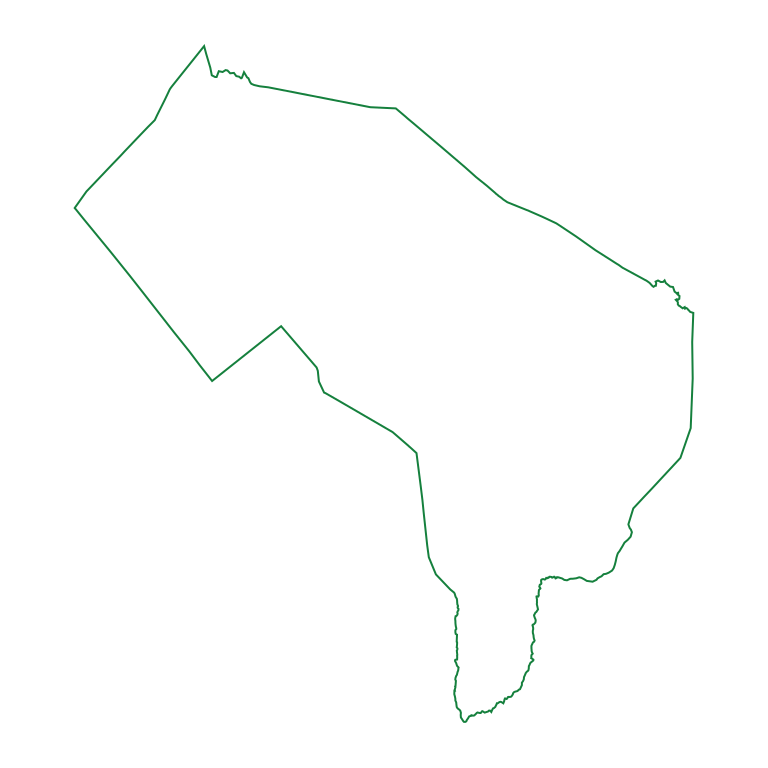 Santo Domingo Nuxaá, Oaxaca, Mexico
{"feature_id": "50627088B43752024879385", "entity_name": "Santo Domingo Nuxaá", "entity_type": "district", "adm_level": 2, "iso_a3": "MEX", "parent_name": "Mexico", "parent_adm1": "Oaxaca", "projection": "equal_earth", "projection_center": [-97.046, 17.162], "detail": "fine", "context": "isolated", "style": "outline", "palette": "green", "viewbox_px": 768, "rotation_deg": 0, "n_neighbors": 0, "source": "geoboundaries", "source_scale": "gbopen_adm2", "svg_char_len": 5908}
<svg xmlns="http://www.w3.org/2000/svg" viewBox="0 0 768 768"><path d="M464.0,721.9L465.3,721.9L466.3,721.3L466.9,719.9L467.8,718.7L469.2,716.4L470.4,716.0L471.0,715.9L471.1,715.4L471.6,715.2L472.9,715.7L474.4,715.4L475.0,714.7L475.7,714.1L476.7,713.0L477.4,712.5L478.8,712.8L479.9,713.0L480.7,713.0L482.0,711.3L482.5,711.2L484.7,712.6L488.1,711.5L489.0,710.6L490.0,710.6L491.3,712.0L491.9,710.5L493.0,708.4L493.9,708.1L494.6,707.5L495.3,706.9L495.6,706.2L496.0,705.4L496.4,704.6L496.9,703.3L497.4,703.4L498.0,703.1L498.4,702.8L499.4,702.1L500.4,701.8L501.3,702.0L502.1,702.5L503.3,703.3L504.1,701.4L504.6,699.2L505.1,698.4L506.4,699.0L506.9,698.8L507.4,698.1L507.9,697.1L508.5,696.9L509.0,697.0L510.8,696.8L511.3,696.5L511.9,695.8L512.4,695.0L512.8,694.5L513.0,693.5L513.5,692.7L514.1,692.1L515.0,691.7L516.5,691.3L517.3,691.1L518.1,690.5L518.6,689.8L519.5,689.4L520.0,689.2L521.9,685.1L521.9,682.7L522.4,682.0L523.1,681.0L523.8,679.3L524.0,677.1L524.3,676.5L525.4,674.0L525.6,673.3L526.2,672.5L526.8,671.7L527.5,671.2L528.1,670.7L528.5,670.0L528.6,669.2L528.8,668.2L528.8,667.1L528.9,666.0L529.5,665.0L530.0,663.7L530.6,662.6L531.0,662.4L533.3,660.5L533.4,659.6L531.2,658.1L531.4,657.7L531.3,656.1L531.5,655.0L532.7,653.7L532.0,652.3L531.8,651.7L531.6,650.6L531.6,649.9L531.5,648.7L531.4,647.9L531.5,647.3L531.4,646.3L531.5,645.6L533.0,642.4L534.1,641.7L534.6,640.5L534.3,639.7L533.9,638.6L533.6,636.9L533.5,635.4L533.2,634.1L532.9,633.2L532.8,631.6L532.9,630.3L533.2,629.1L533.1,627.5L532.9,626.6L532.5,625.4L532.7,624.7L533.5,624.5L534.4,623.7L534.7,623.3L535.3,622.7L535.5,621.9L535.7,620.6L535.5,619.4L534.9,618.1L534.4,616.7L534.0,615.2L534.7,614.0L535.4,612.6L536.2,612.1L538.0,609.4L537.4,606.7L536.8,604.1L537.0,602.6L536.9,601.2L537.0,599.6L536.7,598.1L536.5,596.5L537.0,596.3L538.3,596.5L538.8,595.2L538.6,593.8L538.9,590.2L539.2,589.6L540.1,588.8L540.4,588.5L540.2,587.9L539.3,586.7L539.8,584.8L541.2,583.9L541.4,583.2L541.1,581.6L541.1,580.1L541.7,579.5L542.3,579.3L543.0,579.1L543.8,579.2L544.4,579.5L545.0,579.5L545.9,578.7L546.2,577.9L546.4,577.9L547.0,578.2L547.4,578.2L547.7,577.9L548.1,577.9L548.3,577.5L548.7,577.6L549.1,577.3L549.4,576.8L549.9,576.7L550.8,576.9L551.6,577.0L551.9,577.5L552.2,577.5L552.6,577.6L553.1,577.2L553.6,577.1L554.1,576.7L554.8,577.1L555.5,578.4L556.1,578.2L556.7,577.3L557.1,577.2L557.4,577.2L557.7,577.5L558.3,577.3L558.6,577.4L562.2,578.5L564.3,579.9L567.0,580.3L570.2,578.8L573.0,578.7L576.2,578.3L579.2,577.3L581.4,577.8L584.2,579.3L586.8,580.9L592.7,581.7L593.0,581.5L596.5,579.8L597.5,578.4L599.9,577.0L601.5,576.3L603.6,574.2L606.1,573.8L608.7,572.7L612.0,570.6L613.6,568.3L614.8,564.9L615.7,561.4L616.5,557.5L617.3,554.8L617.9,553.2L619.6,551.0L620.9,548.8L622.6,546.0L624.5,542.6L627.7,539.9L630.6,536.7L631.9,532.2L630.9,529.6L629.7,528.0L628.6,525.0L628.4,524.3L633.3,508.4L644.4,496.5L651.9,488.6L659.4,480.5L668.8,470.4L680.4,457.9L690.7,428.1L692.7,378.5L692.2,342.0L693.3,312.9L690.2,311.9L688.8,310.3L688.2,309.8L687.3,308.6L686.6,308.2L686.2,308.0L685.1,308.6L684.7,307.1L682.7,308.3L680.6,306.8L679.6,305.9L678.7,305.6L677.8,304.2L677.9,302.6L677.5,301.6L675.8,299.8L676.9,299.2L677.8,300.0L679.3,298.8L679.5,296.0L677.6,294.4L678.2,293.7L678.1,292.8L676.5,293.1L674.6,291.6L673.0,287.0L670.2,286.6L665.8,283.0L664.6,280.4L663.2,281.9L660.8,282.0L658.0,280.5L655.6,281.6L656.2,283.2L656.0,285.0L655.8,285.8L654.8,285.8L653.6,286.8L652.6,286.2L649.6,282.9L647.1,281.1L645.5,280.1L645.3,280.1L641.5,278.0L634.3,274.1L622.5,267.7L618.5,264.8L617.6,264.3L616.0,263.3L595.3,250.1L576.0,236.4L556.4,223.4L546.9,218.9L541.7,216.5L529.8,211.3L528.9,210.9L528.6,210.7L527.2,210.2L526.9,210.1L518.7,206.8L507.3,202.2L505.1,200.7L503.4,199.6L502.0,198.4L501.5,198.0L500.6,197.3L498.9,196.1L498.5,195.9L497.9,195.2L495.8,193.6L495.5,193.2L486.8,185.7L476.2,177.2L465.1,167.3L443.7,149.0L414.8,124.5L407.5,118.4L405.5,116.6L395.8,108.4L370.2,107.2L268.2,87.3L259.7,86.3L254.1,85.0L251.3,83.8L250.0,82.0L248.4,78.2L247.1,77.4L244.0,72.2L241.9,77.8L241.1,78.3L239.1,76.7L236.3,76.1L233.9,72.9L230.2,73.3L227.5,70.5L225.6,70.1L222.6,72.0L218.8,71.2L216.6,77.0L215.1,77.0L211.8,75.3L210.3,67.7L206.2,53.9L204.1,46.1L191.4,62.0L180.1,76.1L172.2,86.0L170.9,87.7L169.8,89.3L167.1,95.0L164.9,99.6L162.9,103.6L158.9,111.6L158.8,111.8L157.2,115.0L154.8,120.1L147.9,127.0L140.6,134.6L136.5,138.9L126.5,149.4L124.5,151.5L120.7,155.6L118.5,157.9L112.8,163.8L106.7,170.2L96.8,180.6L89.2,188.6L86.5,191.4L74.7,208.0L75.6,209.1L75.9,209.4L79.2,213.5L84.2,219.7L110.3,251.5L129.9,275.9L142.0,291.3L174.1,332.4L189.4,351.5L199.7,365.2L212.1,381.0L281.1,326.2L316.6,367.5L317.8,370.8L318.9,381.5L324.1,392.6L325.4,393.1L345.5,404.7L392.6,432.1L409.0,446.3L409.1,446.5L409.9,447.1L416.5,453.1L420.7,486.0L422.4,499.8L423.7,512.8L427.2,545.3L428.8,557.2L435.9,574.4L450.2,589.4L454.1,592.6L454.7,593.7L455.6,596.8L456.1,597.6L456.8,598.7L457.1,600.6L457.2,602.6L457.4,604.6L457.9,605.4L458.0,606.3L457.6,607.1L457.7,607.9L458.5,608.9L458.3,610.5L457.7,611.2L457.3,612.4L457.6,613.5L457.4,614.7L456.4,616.0L455.6,616.2L455.2,618.3L455.2,619.7L455.4,620.9L455.4,622.0L455.5,623.9L455.8,626.3L456.2,627.9L456.3,629.0L455.6,629.8L455.4,630.5L455.4,632.3L455.7,633.9L457.0,634.7L456.7,641.8L457.1,642.2L457.1,643.9L457.0,645.1L456.9,646.3L456.7,647.3L457.4,648.3L457.3,649.7L456.8,650.6L457.3,655.0L457.1,655.5L457.2,657.3L457.1,659.5L455.3,659.8L455.0,660.9L455.5,661.9L456.2,663.1L456.7,664.9L457.3,666.2L458.2,667.0L458.6,667.6L458.4,668.1L458.4,668.9L458.1,670.7L457.6,671.8L456.9,674.8L456.2,675.9L455.5,677.9L455.3,679.6L455.9,680.8L455.5,686.1L455.1,686.4L455.4,687.3L454.7,690.0L454.9,690.7L454.4,690.7L454.3,694.2L454.9,696.4L455.3,698.4L455.4,700.6L456.2,702.4L456.4,704.5L456.7,706.9L457.1,707.7L457.9,708.6L459.6,709.9L460.3,710.8L460.9,712.8L460.8,713.9L460.7,715.0L460.9,717.5L461.8,718.8L463.3,721.2L464.0,721.9Z" fill="none" stroke="#15803d" stroke-width="2"/></svg>